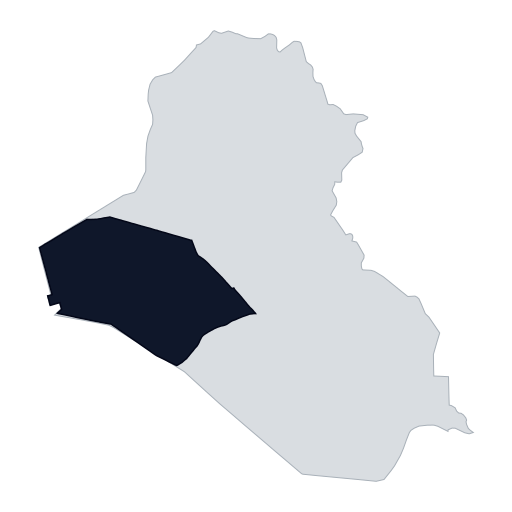 Al-Rutba, Al-Anbar, Iraq (highlighted)
{"feature_id": "34846034B71122492404189", "entity_name": "Al-Rutba", "entity_type": "district", "adm_level": 2, "iso_a3": "IRQ", "parent_name": "Iraq", "parent_adm1": "Al-Anbar", "projection": "natural_earth1", "projection_center": [41.592, 32.564], "detail": "fine", "context": "in_parent", "style": "filled", "palette": "ink", "viewbox_px": 512, "rotation_deg": 0, "n_neighbors": 0, "source": "geoboundaries", "source_scale": "gbopen_adm2", "svg_char_len": 6825}
<svg xmlns="http://www.w3.org/2000/svg" viewBox="0 0 512 512"><path d="M196.4,45.0L200.6,43.9L208.4,37.3L213.0,31.3L214.4,30.7L218.6,32.7L221.5,33.3L228.3,31.0L232.3,32.2L235.7,33.7L237.6,33.8L246.7,37.6L249.0,38.1L253.7,38.5L260.7,38.7L265.1,36.3L268.3,33.9L270.5,33.9L272.7,34.5L274.5,35.5L276.1,37.3L276.8,39.9L276.6,48.0L277.3,50.2L278.6,51.7L280.1,52.0L282.0,50.2L285.3,47.7L289.4,44.9L292.4,42.3L294.1,41.3L296.9,41.4L299.6,41.9L301.1,43.1L301.1,43.5L302.6,47.4L306.3,61.7L308.4,63.5L310.7,65.0L312.4,67.1L313.1,69.3L312.9,72.6L313.0,76.5L314.0,79.4L315.4,81.7L316.6,82.8L318.5,82.9L320.8,83.4L322.3,85.7L327.3,102.0L327.8,104.1L329.8,104.8L333.1,104.5L336.5,106.2L340.2,108.8L343.7,113.8L346.0,114.6L353.2,113.9L363.1,114.7L367.8,117.2L367.3,118.8L363.8,120.6L357.5,122.6L355.7,126.2L354.8,130.7L355.0,133.3L356.6,136.1L361.1,141.7L361.4,143.7L362.2,146.5L363.0,148.5L362.2,152.2L358.2,154.8L352.9,157.6L342.4,170.0L341.6,172.7L341.8,180.1L340.8,182.2L337.4,182.2L334.8,181.8L334.7,184.4L333.0,187.8L332.1,190.8L336.1,197.9L336.8,201.6L336.3,205.1L332.7,210.9L330.6,214.9L331.1,215.8L334.0,217.4L342.9,230.3L345.8,234.9L349.5,233.7L350.9,233.8L352.0,234.5L352.7,236.0L352.8,238.0L351.9,240.9L356.6,242.1L358.4,245.0L364.1,255.1L363.9,258.1L361.3,262.9L361.3,266.0L361.9,268.9L362.8,269.9L371.0,270.3L374.5,271.4L383.1,276.6L392.9,284.5L400.9,291.0L407.8,296.5L415.0,296.1L417.0,297.1L418.9,298.8L421.0,303.4L425.3,313.7L428.9,317.1L434.5,325.3L439.7,333.0L436.5,343.5L433.4,354.4L433.6,368.4L433.8,376.0L440.7,376.3L448.5,376.7L448.7,385.7L448.9,394.8L449.2,405.1L451.4,405.6L455.1,407.8L456.7,411.2L458.7,413.0L461.1,413.3L463.4,414.9L465.8,417.9L466.6,420.2L466.0,421.8L466.6,424.5L468.3,428.4L470.2,430.2L473.3,432.5L469.2,433.8L464.8,432.8L455.2,428.2L452.1,428.1L448.1,429.8L448.0,431.4L437.9,426.3L434.2,425.2L432.9,425.1L427.2,425.2L419.0,426.1L414.2,428.2L410.9,430.4L409.4,432.5L408.9,433.7L406.4,440.0L403.5,448.2L400.4,455.5L394.5,465.9L391.1,470.6L384.0,479.5L376.2,481.3L358.0,479.5L337.8,477.6L317.7,475.7L302.8,474.2L301.6,473.7L286.8,461.1L275.0,451.1L260.4,438.6L245.5,425.9L230.4,412.9L219.4,403.5L206.1,391.5L194.0,380.5L184.5,371.8L172.3,364.2L162.7,358.2L148.9,349.6L137.8,342.7L128.3,336.7L113.7,327.6L108.8,325.2L93.7,322.1L79.4,319.5L64.5,316.9L54.6,315.1L61.2,308.6L59.2,302.8L54.5,303.9L50.1,305.3L47.5,296.2L50.9,295.1L47.9,283.3L44.7,271.1L41.7,259.4L38.7,247.4L51.2,239.7L60.6,233.9L73.7,225.9L86.3,218.1L98.3,210.7L111.5,202.6L123.4,195.3L134.2,192.4L136.4,190.1L141.4,180.1L145.6,171.6L145.8,169.7L145.8,157.6L146.6,143.5L148.0,136.0L150.4,129.3L152.6,124.4L152.9,119.9L152.6,115.2L150.3,108.3L147.9,101.0L148.2,94.0L148.6,90.2L150.1,84.2L152.7,79.8L155.4,77.1L165.6,74.3L171.6,72.6L179.7,64.9L184.5,60.2L191.1,52.9L196.0,47.6L196.4,45.7L196.4,45.0Z" fill="#d9dde1" stroke="#a8b0b8" stroke-width="1"/><path d="M233.8,288.0L232.7,288.3L231.8,288.5L231.0,287.6L230.2,286.8L229.4,285.8L228.2,284.5L227.2,283.3L226.1,282.3L225.2,281.1L224.6,280.4L223.9,279.7L223.5,279.2L222.5,278.1L221.8,277.3L220.8,276.4L219.7,275.2L219.0,274.6L218.2,273.7L217.2,272.7L216.3,271.9L215.6,271.2L214.8,270.3L213.9,269.4L213.3,268.8L213.0,268.5L212.1,267.7L210.8,266.4L209.6,265.1L208.6,264.0L207.2,262.6L206.6,262.0L206.3,261.8L205.3,260.8L204.2,259.9L203.0,258.9L201.6,258.0L200.4,257.1L199.2,256.4L198.6,256.0L198.0,255.6L197.5,254.6L196.9,253.6L196.4,252.6L195.9,251.6L195.6,250.7L195.2,249.6L194.8,248.5L194.3,247.4L193.9,246.2L193.4,244.8L192.9,243.5L192.4,242.2L191.8,240.7L191.7,240.3L190.5,240.2L188.8,239.6L187.0,239.1L184.9,238.5L183.6,238.1L182.5,237.8L180.2,237.1L178.1,236.5L175.9,235.9L173.7,235.3L172.0,234.8L170.0,234.2L168.2,233.7L166.4,233.1L165.0,232.7L163.5,232.3L161.8,231.9L160.3,231.4L158.5,230.9L157.0,230.3L155.6,230.1L153.6,229.5L152.0,229.0L150.2,228.4L148.2,227.9L147.0,227.6L145.6,227.2L144.4,226.9L144.2,226.8L142.6,226.4L141.1,226.0L139.9,225.6L138.7,225.3L137.4,224.9L135.7,224.4L134.0,223.9L131.8,223.4L130.0,222.8L128.0,222.2L125.9,221.6L124.0,221.1L122.2,220.6L120.8,220.1L119.3,219.8L118.0,219.4L116.6,219.0L115.3,218.7L113.8,218.2L111.8,217.6L110.6,217.3L109.9,217.0L108.5,217.3L107.1,217.5L105.3,217.8L104.2,217.9L102.9,218.2L100.7,218.7L98.9,218.9L96.9,219.3L95.5,219.3L93.8,219.4L92.4,219.4L91.1,219.5L89.2,219.5L87.2,219.4L86.8,219.4L86.3,219.8L82.5,222.0L80.1,223.4L76.8,225.3L75.4,226.1L73.2,227.4L72.2,228.0L71.4,228.5L69.7,229.5L67.4,230.9L64.6,232.5L62.8,233.5L60.9,234.8L59.3,235.7L57.8,236.6L55.8,237.8L52.6,239.8L49.8,241.5L47.4,242.9L46.4,243.5L45.3,244.0L42.4,246.0L40.4,247.1L39.6,247.7L40.1,249.7L41.8,256.0L42.7,259.3L44.5,266.0L44.9,267.5L45.8,270.6L47.2,276.3L48.3,280.1L48.4,280.9L48.6,281.3L48.6,281.5L49.3,284.2L52.1,294.6L50.9,295.0L50.0,295.2L48.5,295.7L47.7,295.8L48.1,297.7L48.8,299.9L49.2,301.7L49.7,303.8L50.0,304.9L50.2,305.4L53.9,304.3L55.5,303.8L57.4,303.3L59.2,302.8L59.8,302.6L61.6,309.3L60.2,310.6L59.1,311.6L58.1,312.5L57.3,313.2L58.0,313.5L60.6,314.0L64.7,314.8L68.9,315.7L71.3,316.2L77.4,317.6L82.6,318.6L83.0,318.7L85.5,319.2L86.2,319.3L89.7,320.1L95.9,321.3L99.3,321.9L99.4,322.0L105.8,323.2L106.0,323.2L109.5,323.9L111.1,324.1L113.3,325.7L116.1,327.5L118.6,329.3L122.2,331.8L125.8,334.3L130.3,337.4L133.6,339.7L137.3,342.2L141.1,344.9L145.7,348.1L148.7,350.2L148.9,350.3L152.4,352.8L154.8,354.5L156.5,355.6L158.3,356.5L163.5,359.0L166.7,360.6L169.1,361.9L171.7,363.1L175.0,364.8L176.7,365.5L177.8,365.0L179.0,364.2L181.0,363.0L182.0,362.4L183.1,361.4L184.7,360.0L185.7,359.2L186.6,358.6L187.1,357.8L188.8,355.8L189.8,354.5L191.3,352.7L192.4,351.4L193.4,350.3L193.8,349.6L194.8,348.4L195.4,347.7L196.1,347.0L196.8,346.2L197.1,345.9L197.6,345.0L198.3,343.9L198.6,343.3L199.3,341.9L199.7,340.8L200.5,339.3L201.0,338.3L201.5,337.3L201.8,336.8L202.3,336.3L202.7,335.8L203.2,335.3L204.0,334.7L205.5,333.7L207.3,332.6L208.6,331.7L209.6,331.3L210.3,330.8L211.4,330.2L212.5,329.7L213.4,329.1L214.5,328.5L215.5,328.1L217.5,327.2L218.4,326.9L219.3,326.6L220.5,326.2L221.8,325.8L222.8,325.7L224.2,325.3L224.9,325.1L225.9,324.7L226.8,324.3L227.5,323.8L228.7,323.0L229.9,322.2L230.9,321.5L231.8,321.1L232.5,320.6L233.1,320.5L233.6,320.3L234.8,319.9L235.8,319.5L236.4,319.2L236.7,319.1L237.5,318.7L239.1,318.0L240.4,317.5L242.0,316.8L243.1,316.4L244.3,316.0L245.2,315.7L246.7,315.2L248.1,314.7L248.9,314.3L249.7,314.1L250.5,314.0L251.6,313.9L252.4,313.8L253.7,313.6L254.8,313.6L255.3,313.6L255.6,313.6L255.3,313.1L254.1,311.9L252.6,310.0L251.9,309.3L251.4,308.8L251.1,308.5L250.5,308.0L250.0,307.6L249.3,306.7L248.4,305.6L248.0,305.2L247.6,304.8L245.7,302.3L245.0,301.6L244.3,300.7L243.5,299.7L242.8,298.9L242.4,298.4L242.0,297.9L241.7,297.5L241.2,296.9L240.2,295.8L239.8,295.3L238.1,293.4L237.3,292.5L236.7,291.9L236.0,291.1L235.3,290.3L234.7,289.5L234.2,288.8L234.1,288.4L233.8,288.0Z" fill="#0f172a" stroke="#020617" stroke-width="1.5"/></svg>